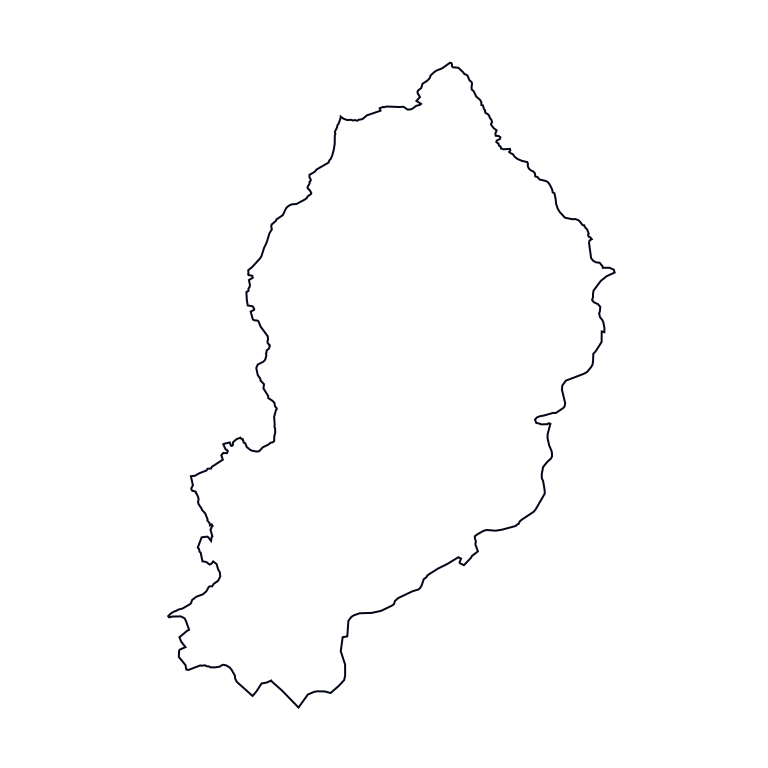 outline of Chiuza, Bistrita-Nasaud, Romania, rotated 353°
{"feature_id": "2599482B70682729995769", "entity_name": "Chiuza", "entity_type": "district", "adm_level": 2, "iso_a3": "ROU", "parent_name": "Romania", "parent_adm1": "Bistrita-Nasaud", "projection": "robinson", "projection_center": [24.223, 47.242], "detail": "fine", "context": "isolated", "style": "outline", "palette": "ink", "viewbox_px": 768, "rotation_deg": 353, "n_neighbors": 0, "source": "geoboundaries", "source_scale": "gbopen_adm2", "svg_char_len": 6131}
<svg xmlns="http://www.w3.org/2000/svg" viewBox="0 0 768 768"><g transform="rotate(353 384 384)"><path d="M259.7,694.7L270.6,682.9L277.4,681.0L280.5,680.9L288.0,682.0L293.3,684.2L302.2,678.2L308.4,673.0L309.9,668.6L311.2,657.7L308.5,644.0L312.1,630.3L316.8,630.0L319.8,614.7L323.2,611.2L325.6,610.0L331.9,608.6L344.0,609.7L353.5,608.8L364.7,605.0L367.1,603.7L368.3,600.8L372.0,598.2L387.0,593.2L393.3,592.1L395.1,590.8L396.9,588.4L399.7,582.5L402.6,580.9L403.6,579.4L405.7,578.2L415.3,573.7L424.8,570.4L436.7,565.0L439.2,566.7L437.4,569.9L437.4,571.0L441.2,573.6L449.2,567.1L450.3,565.4L456.8,561.6L455.1,554.2L456.0,551.5L455.4,548.0L455.6,546.2L458.5,544.5L464.8,541.9L468.0,541.4L476.9,543.2L483.1,543.0L497.3,541.0L499.4,539.5L500.5,539.3L502.0,536.9L504.7,535.2L517.1,529.0L519.5,526.6L530.2,512.4L530.5,508.5L530.2,501.6L530.0,499.2L529.2,497.3L529.3,495.0L529.7,492.3L531.8,485.8L536.3,481.4L540.7,478.3L542.0,476.2L542.3,472.8L542.0,470.3L540.5,465.2L539.7,457.5L540.4,453.4L544.3,443.8L542.8,443.0L541.3,443.8L534.8,443.2L534.1,442.5L530.4,441.2L529.5,437.8L531.6,435.9L534.7,435.0L538.8,434.8L548.2,433.3L551.0,433.7L559.2,429.6L560.4,428.4L561.5,425.2L559.9,411.2L560.8,407.2L565.0,402.8L583.3,398.3L587.1,396.8L591.6,392.5L593.3,390.2L594.3,386.8L595.4,379.6L598.2,377.2L605.1,368.8L606.5,358.4L609.0,359.4L609.6,355.2L609.2,349.3L608.4,347.0L606.5,343.8L606.1,340.0L607.0,338.5L608.1,333.9L606.3,331.0L602.1,328.3L600.8,326.0L602.1,323.0L602.4,320.1L603.4,316.8L611.6,308.2L618.2,304.1L626.5,301.5L626.0,298.5L621.9,296.1L615.3,295.3L615.3,293.9L612.8,289.9L609.3,289.1L606.7,287.3L604.9,284.4L604.7,268.8L605.5,266.6L607.9,265.6L606.5,263.5L605.1,262.7L604.7,261.0L605.5,259.7L604.4,255.3L602.4,252.6L602.1,250.9L600.5,250.5L598.0,246.3L596.6,244.9L593.9,243.6L591.0,243.4L583.9,241.0L579.3,234.6L577.8,231.1L576.8,226.3L576.9,221.4L576.4,215.4L574.8,214.4L574.6,211.5L573.1,207.0L571.8,204.4L569.8,202.4L563.2,199.9L561.6,197.3L559.4,196.4L559.5,193.4L558.2,191.3L555.6,189.7L554.0,187.8L553.3,185.2L553.7,182.7L553.2,181.2L548.0,179.3L543.9,176.9L541.6,174.7L539.9,171.6L537.6,170.2L536.5,168.9L537.8,167.7L537.7,166.0L531.2,165.6L528.9,164.5L528.7,162.7L527.2,161.4L526.9,159.4L525.0,157.6L525.5,156.1L528.9,155.0L529.6,153.3L528.1,151.9L525.1,151.2L525.1,148.9L526.7,145.9L524.0,143.4L521.7,139.3L523.2,137.2L522.7,134.6L521.6,133.1L521.0,130.4L519.7,128.5L518.0,127.6L517.4,126.1L517.8,124.9L516.7,123.2L516.2,119.6L514.7,119.0L514.9,115.7L513.7,113.3L510.6,110.0L508.8,104.5L507.0,102.4L507.0,100.4L508.0,96.5L507.7,94.9L505.9,93.1L504.4,87.9L501.2,85.7L500.8,84.6L496.4,79.2L490.9,78.0L490.1,76.6L490.4,75.3L489.9,73.5L488.5,73.3L480.3,77.7L474.4,79.3L472.1,80.4L468.0,83.3L466.5,86.1L464.1,88.1L458.8,90.7L457.0,94.8L453.9,96.6L452.9,97.9L452.9,99.8L454.7,103.5L450.7,107.0L454.9,110.5L453.7,111.3L449.7,111.9L446.4,113.9L444.0,114.7L440.9,114.5L437.1,111.2L433.2,111.0L420.5,108.9L417.5,109.3L416.7,108.9L413.3,109.8L413.9,112.3L399.7,115.3L394.8,118.5L391.6,118.6L389.3,119.4L387.4,118.5L385.4,118.7L383.7,117.8L379.5,117.5L376.1,115.7L373.6,113.3L373.4,114.6L370.4,120.5L369.3,121.5L368.6,123.7L366.0,127.6L366.2,130.0L365.5,131.1L364.3,139.8L362.8,145.0L360.5,150.8L358.6,154.1L357.0,155.4L355.9,157.5L343.4,162.8L340.8,165.1L335.5,167.3L335.2,169.6L336.1,171.8L336.1,173.1L334.7,174.3L334.7,175.8L332.3,178.9L332.0,180.1L334.3,183.4L335.1,185.6L334.9,186.4L331.0,188.6L329.8,190.2L328.3,191.1L318.9,194.7L314.8,194.4L312.4,195.0L309.5,196.5L308.0,198.0L304.1,204.1L297.2,207.6L296.5,209.0L291.9,212.0L291.3,213.7L291.5,216.9L288.7,220.4L284.8,229.2L281.5,234.4L277.9,242.3L275.9,244.6L267.3,251.9L263.1,254.5L263.0,257.4L262.5,258.6L262.9,259.4L266.4,260.5L266.7,262.6L262.6,264.3L263.0,269.4L262.5,271.2L261.1,272.8L260.9,275.0L258.6,276.0L258.1,283.9L258.3,289.4L262.9,290.8L263.6,291.7L264.3,294.1L264.2,294.5L260.5,295.9L261.7,304.0L263.5,305.1L265.8,305.5L267.0,306.4L268.5,312.0L274.4,322.4L274.4,325.3L273.5,327.6L273.5,328.6L273.6,329.4L275.3,331.5L274.9,332.0L275.2,332.8L273.8,335.1L271.6,336.3L271.3,338.1L270.6,339.5L270.7,341.4L269.0,345.5L267.1,347.1L261.1,349.3L259.5,351.8L259.2,353.1L259.8,359.8L261.6,363.2L262.0,364.5L261.8,365.5L264.9,369.6L263.8,373.7L267.6,381.8L267.4,383.9L271.2,387.0L272.9,389.2L273.1,392.8L274.3,394.6L274.5,395.9L273.6,396.7L270.9,403.4L270.6,410.7L270.0,413.3L270.5,414.8L270.1,419.1L268.8,422.3L268.0,427.4L266.0,428.4L264.4,428.4L261.8,430.1L256.1,432.0L252.0,435.4L249.5,435.6L244.6,434.0L242.9,432.8L240.1,429.8L239.1,426.0L237.5,424.8L237.4,422.9L236.9,422.3L237.1,421.6L235.6,420.9L235.0,419.8L231.1,420.7L227.9,422.8L227.0,423.6L226.5,426.3L225.4,426.9L224.5,426.6L223.8,423.2L217.5,423.9L217.1,424.2L218.9,429.8L219.9,430.1L220.8,431.5L219.7,433.5L215.9,432.9L213.8,435.0L214.8,439.5L203.0,445.2L202.1,446.8L198.5,446.6L197.3,448.2L189.4,450.2L185.3,452.0L181.1,452.0L182.0,461.3L180.0,464.1L180.1,465.8L180.9,466.8L181.7,466.8L184.1,468.1L184.0,469.3L184.6,469.9L185.8,473.7L185.9,476.0L185.0,478.5L185.4,480.9L187.7,485.3L188.0,486.8L190.7,490.5L192.4,496.8L192.0,497.8L194.0,501.1L194.0,503.0L195.8,502.3L196.6,504.0L195.1,505.3L194.9,506.5L194.0,507.4L195.1,514.4L194.3,514.9L193.2,518.6L190.8,514.6L189.7,513.9L184.3,514.0L179.2,523.7L180.3,525.1L180.5,528.1L181.5,529.1L182.2,537.9L184.8,538.6L186.6,539.6L188.9,542.0L191.0,541.2L192.8,539.3L195.9,542.3L196.7,547.5L198.1,551.0L198.0,555.2L195.4,559.0L190.7,561.6L188.7,563.9L186.4,563.6L185.3,564.1L182.4,568.1L178.6,570.7L172.0,572.2L167.2,575.0L165.8,577.9L164.8,578.8L156.7,582.3L152.1,582.9L150.8,583.6L146.9,584.6L144.2,586.0L141.5,588.1L142.0,589.2L142.7,589.4L145.5,589.0L154.0,589.9L157.5,592.2L158.6,595.3L160.6,604.2L158.1,605.2L150.1,610.4L151.3,615.0L154.9,621.0L148.8,622.8L148.1,623.9L147.1,629.9L152.7,638.8L153.0,643.3L155.0,644.0L167.4,640.9L168.5,641.4L172.1,641.4L173.7,642.6L175.7,642.9L177.0,644.0L182.0,644.7L186.7,644.5L188.1,643.6L190.2,643.1L192.8,643.9L196.1,646.3L197.9,649.1L200.5,655.4L200.3,658.0L201.6,661.7L215.5,677.6L220.0,673.5L226.0,666.3L230.8,666.1L236.0,664.6L236.3,665.5L245.7,676.2L259.7,694.7Z" fill="none" stroke="#020617" stroke-width="2"/></g></svg>